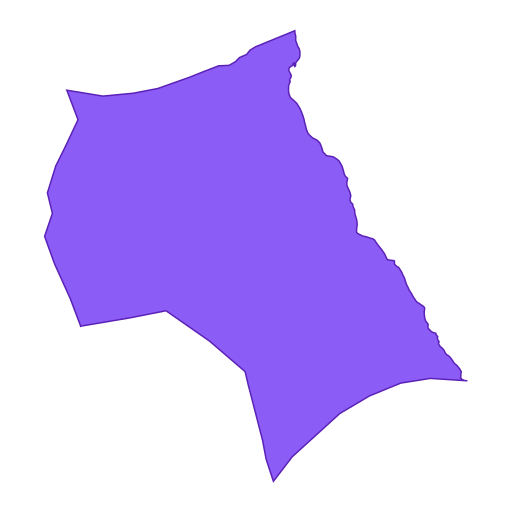 Ras Gharib, Al Bahr al Ahmar, Egypt (Natural Earth projection)
{"feature_id": "37247803B82534825994477", "entity_name": "Ras Gharib", "entity_type": "district", "adm_level": 2, "iso_a3": "EGY", "parent_name": "Egypt", "parent_adm1": "Al Bahr al Ahmar", "projection": "natural_earth1", "projection_center": [32.75, 28.506], "detail": "fine", "context": "isolated", "style": "filled", "palette": "violet", "viewbox_px": 512, "rotation_deg": 0, "n_neighbors": 0, "source": "geoboundaries", "source_scale": "gbopen_adm2", "svg_char_len": 3083}
<svg xmlns="http://www.w3.org/2000/svg" viewBox="0 0 512 512"><path d="M66.8,90.2L66.9,90.4L77.9,119.4L78.0,119.7L66.6,144.0L57.2,163.1L55.8,165.8L49.3,186.8L47.4,192.9L52.4,213.4L44.6,236.3L54.5,263.7L70.3,298.7L80.7,326.2L80.7,326.3L81.7,326.0L130.8,317.7L131.3,317.6L165.7,310.8L166.1,310.8L209.4,341.0L245.1,371.6L248.6,386.4L249.2,388.5L262.6,440.5L266.1,459.0L269.2,468.6L271.9,476.7L272.2,477.8L272.3,478.0L273.3,481.0L273.4,481.3L292.3,456.7L339.8,413.5L369.5,395.9L400.7,383.1L430.4,378.4L467.4,380.8L464.5,380.5L462.2,379.6L460.6,377.7L460.8,376.1L460.9,373.8L461.3,371.8L459.8,369.1L457.0,365.5L454.4,363.4L452.1,359.9L449.8,356.9L448.1,355.5L446.6,354.6L445.3,353.0L444.0,350.2L442.1,348.0L440.4,346.8L438.7,344.2L438.6,343.1L439.1,341.7L437.8,339.9L437.4,338.1L437.7,336.7L436.9,335.6L435.9,334.3L435.8,333.2L433.8,332.8L431.3,331.6L429.2,329.4L428.7,329.0L427.8,327.5L428.0,325.7L428.1,324.2L425.6,320.9L424.7,317.9L424.3,314.7L424.2,311.5L424.6,309.5L424.5,307.5L422.6,305.7L420.7,304.6L419.1,303.3L417.8,302.7L417.0,302.1L416.3,301.3L415.6,300.4L414.8,299.1L413.7,297.6L412.5,295.6L411.5,293.6L410.1,291.5L408.7,289.1L408.2,287.7L406.8,285.1L405.5,281.5L404.5,278.1L402.8,274.9L401.7,272.1L399.8,269.2L398.5,267.2L397.3,266.9L396.4,266.1L394.6,264.2L394.4,262.4L394.5,261.1L394.0,260.6L391.2,260.3L389.7,260.1L388.2,259.8L387.5,259.7L386.5,258.1L384.5,253.7L382.7,251.2L381.8,249.8L378.5,245.7L376.3,242.7L374.4,239.8L372.1,238.5L370.7,238.3L368.2,237.4L365.2,236.5L363.2,236.2L360.0,234.7L357.9,233.6L357.0,232.8L356.5,231.4L356.5,230.2L356.7,229.0L356.8,227.2L357.2,224.8L357.0,222.2L356.6,219.4L356.0,217.5L355.5,215.8L355.0,214.1L354.7,212.2L354.6,209.7L353.6,207.8L353.2,207.0L352.9,205.9L352.6,203.9L351.6,203.2L350.6,201.9L350.1,200.5L350.0,199.3L350.5,197.2L350.8,195.7L349.9,192.2L349.0,190.1L347.9,187.8L346.8,184.9L346.8,182.7L347.1,181.1L347.6,178.5L347.0,177.7L345.7,176.7L344.7,175.1L344.1,173.5L343.4,170.6L342.2,166.6L340.8,163.9L339.1,161.0L337.1,159.3L333.2,156.8L326.7,155.7L325.7,154.8L324.6,153.6L323.3,152.4L322.8,151.4L322.1,148.7L320.8,145.1L319.6,142.6L317.2,140.3L315.3,139.2L312.6,138.0L310.9,136.4L309.3,134.9L308.0,133.3L306.8,130.5L306.1,128.2L305.5,125.5L304.7,122.8L304.1,119.8L303.1,116.3L301.5,112.0L300.0,108.6L296.8,103.4L296.1,102.7L294.1,100.8L290.4,97.5L289.3,94.8L288.7,92.5L288.5,90.0L288.5,89.9L288.6,87.1L288.7,85.6L289.2,83.8L290.0,82.2L290.2,81.1L289.7,80.5L289.6,79.6L290.2,78.6L290.9,77.6L291.3,75.3L290.4,73.6L288.8,70.6L289.0,68.2L290.0,67.1L291.1,66.3L292.7,65.4L293.0,64.1L293.3,63.3L294.1,62.9L294.4,63.8L294.3,64.9L294.5,66.0L294.8,66.5L295.2,66.2L295.6,65.3L295.6,63.4L296.0,62.4L296.5,61.7L297.5,60.5L298.6,59.2L299.5,57.7L299.9,55.7L299.9,53.0L299.9,51.3L298.9,48.1L298.3,47.2L298.1,46.8L297.6,45.9L296.2,41.9L295.7,40.6L295.7,38.4L295.8,37.1L295.6,35.6L294.9,32.8L294.8,30.7L255.5,46.8L250.0,50.2L246.6,54.5L239.6,57.5L237.9,59.2L235.6,61.6L231.6,63.9L229.2,65.3L228.3,65.4L218.7,65.8L204.9,71.1L189.4,77.3L157.8,88.5L133.4,93.2L103.0,96.1L66.8,90.2Z" fill="#8b5cf6" stroke="#5b21b6" stroke-width="1.5"/></svg>